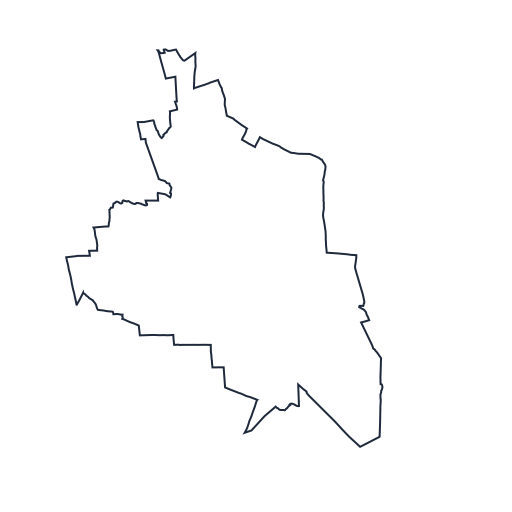 outline of Sipote, Iasi, Romania, rotated 20°
{"feature_id": "2599482B43206903693326", "entity_name": "Sipote", "entity_type": "district", "adm_level": 2, "iso_a3": "ROU", "parent_name": "Romania", "parent_adm1": "Iasi", "projection": "equal_earth", "projection_center": [27.182, 47.479], "detail": "fine", "context": "isolated", "style": "outline", "palette": "slate", "viewbox_px": 512, "rotation_deg": 20, "n_neighbors": 0, "source": "geoboundaries", "source_scale": "gbopen_adm2", "svg_char_len": 6048}
<svg xmlns="http://www.w3.org/2000/svg" viewBox="0 0 512 512"><g transform="rotate(20 256 256)"><path d="M294.2,163.0L293.1,161.9L292.7,157.7L292.3,155.2L291.8,153.4L291.6,152.2L291.6,151.4L290.9,148.7L290.6,147.9L289.9,146.9L289.3,146.3L286.7,144.5L284.9,142.9L284.1,143.1L281.6,142.3L278.5,142.0L271.7,141.7L260.6,145.5L256.7,146.2L253.5,147.0L245.4,146.1L243.7,145.7L242.6,145.6L240.8,144.9L237.7,144.7L233.2,144.7L222.4,143.7L219.0,143.0L218.5,147.9L218.2,149.4L218.2,149.7L217.8,152.8L217.8,153.9L212.4,153.1L211.0,153.0L208.5,152.4L203.0,151.5L203.0,150.3L203.9,144.7L203.8,144.4L204.0,143.0L203.9,142.4L203.9,141.3L203.7,140.3L204.0,139.3L197.2,137.7L189.4,135.4L188.2,135.0L188.0,134.7L187.5,134.6L180.6,134.2L180.3,133.4L179.6,132.5L176.4,126.9L175.4,125.5L174.9,124.6L174.5,123.5L173.1,118.9L170.1,115.1L169.0,113.9L167.5,112.0L166.4,110.0L165.9,109.6L165.3,109.3L165.0,108.8L163.6,107.7L160.1,103.6L153.3,109.0L152.6,109.8L151.2,110.9L149.4,112.5L146.1,115.0L141.3,118.8L140.4,119.7L139.9,118.5L138.0,112.4L136.6,108.3L135.5,104.1L134.6,99.3L134.2,97.9L132.7,94.5L131.4,90.7L130.2,88.2L130.0,87.7L129.6,86.0L122.0,96.9L120.6,97.1L119.2,96.3L117.9,95.5L116.7,94.8L115.7,93.9L115.2,93.6L112.0,91.0L110.2,89.4L109.1,90.0L105.4,92.4L103.2,93.4L100.4,92.8L98.7,93.6L98.7,93.9L100.7,96.2L99.7,96.9L97.2,98.0L96.5,97.8L94.6,96.8L94.0,96.1L93.2,96.4L93.8,96.8L94.7,97.7L95.5,98.8L100.5,105.9L107.4,115.5L110.6,120.1L118.9,115.1L125.7,131.0L128.1,136.5L128.8,137.8L127.1,138.7L130.3,142.6L131.1,144.0L131.8,145.4L125.6,149.5L125.9,149.9L126.5,151.5L127.5,154.9L128.3,156.8L128.7,157.6L128.8,157.7L129.6,159.6L131.6,163.5L131.2,164.8L130.8,165.2L129.5,170.1L129.7,170.4L129.0,171.1L128.4,172.1L127.5,174.0L128.1,174.6L127.5,176.5L127.1,177.4L125.8,177.0L123.1,175.0L121.2,172.5L120.8,172.1L119.7,171.8L117.0,168.7L116.4,167.7L115.3,166.7L114.7,165.4L113.3,163.7L112.9,163.7L104.8,168.5L99.0,170.6L101.3,174.9L104.4,179.6L104.9,180.2L105.6,181.2L106.4,183.0L108.1,185.7L112.1,183.8L113.7,187.1L114.1,187.6L135.4,213.2L137.9,216.3L138.2,216.9L140.8,217.0L144.9,216.7L145.5,217.1L146.2,217.3L146.7,217.7L147.3,218.0L149.8,217.6L150.7,219.0L152.7,220.4L153.1,220.8L153.3,221.3L153.6,224.7L153.6,226.1L154.7,226.2L154.8,226.3L155.2,227.9L155.4,229.9L155.3,230.3L150.7,229.2L149.0,229.1L142.2,230.3L142.5,231.7L145.1,237.4L133.3,241.7L134.2,242.9L134.4,243.3L134.4,243.6L134.8,243.9L135.5,244.0L135.7,244.5L136.2,245.1L136.1,245.5L135.1,246.2L133.9,246.4L132.6,246.3L131.4,246.4L130.0,246.2L126.8,246.6L125.5,247.1L125.3,247.3L125.1,248.1L124.9,248.3L124.0,248.6L122.6,248.9L119.7,248.5L117.5,248.0L117.0,248.1L116.4,248.7L115.8,249.0L115.0,248.9L113.6,249.2L113.0,249.0L112.6,249.0L112.3,249.2L111.8,249.9L112.0,250.7L111.9,251.0L112.2,251.8L112.0,252.2L111.5,252.7L110.9,252.9L110.3,252.9L108.0,252.4L107.2,252.4L106.5,252.6L106.0,252.9L106.0,253.2L105.7,253.6L105.7,253.8L105.0,254.6L104.5,255.2L104.1,255.5L104.9,259.4L103.2,260.2L103.0,260.8L102.9,262.1L102.8,262.3L102.4,262.7L104.8,268.4L105.5,270.3L105.8,272.0L106.3,273.1L106.4,273.7L106.4,275.2L107.0,277.1L107.2,278.7L103.5,280.2L93.6,284.8L95.0,286.1L96.3,288.4L97.5,290.9L98.6,292.8L99.7,294.1L100.6,295.3L103.0,299.9L103.4,300.9L103.8,302.5L104.9,305.3L97.4,308.2L99.8,312.6L88.3,316.9L86.4,318.0L78.1,322.1L80.0,325.2L81.7,327.6L83.3,330.2L84.8,332.9L87.9,337.3L89.4,339.7L90.8,342.0L91.9,344.1L93.7,347.0L94.2,347.7L94.5,348.3L95.8,350.3L98.0,353.4L99.0,355.1L102.2,360.1L104.0,363.1L104.3,363.0L104.8,359.5L105.0,359.0L106.1,349.7L106.2,349.9L106.6,350.0L108.6,350.4L109.9,351.2L112.3,351.9L113.8,352.7L115.6,353.0L116.6,353.3L117.4,353.3L117.8,353.4L118.5,354.0L120.1,354.9L122.0,356.3L122.9,357.3L123.7,358.5L124.7,359.7L125.9,360.7L131.6,359.3L132.5,359.2L135.7,358.6L140.0,357.4L140.8,357.6L141.9,359.5L145.8,357.8L149.0,357.3L150.6,356.7L150.8,357.3L151.1,358.6L151.7,359.1L151.9,359.5L151.8,360.8L153.4,360.7L159.3,361.2L164.7,361.2L169.6,361.4L174.0,370.3L186.8,365.2L192.5,363.4L196.3,361.9L200.1,360.7L205.3,358.5L207.2,362.9L209.5,367.5L213.1,366.0L214.8,365.6L215.6,365.5L216.1,365.1L228.6,360.5L232.1,359.3L236.7,357.5L243.9,355.0L246.2,361.1L247.9,364.3L249.4,367.7L250.2,369.1L251.3,371.7L252.1,373.3L253.2,375.6L257.5,374.0L258.3,373.6L263.7,371.7L271.9,390.1L276.1,390.3L286.1,390.5L286.9,390.6L288.6,390.4L291.8,390.6L294.6,390.9L298.7,390.6L301.3,390.6L302.6,390.7L303.6,390.6L306.4,390.8L306.2,391.1L306.2,394.3L306.4,397.1L306.4,403.6L306.4,405.8L306.5,406.7L306.4,410.7L306.2,413.3L306.4,415.6L306.5,420.1L306.4,422.2L305.9,425.4L305.8,426.0L311.4,421.5L318.8,403.6L326.0,390.8L326.6,391.2L327.3,391.5L328.8,391.6L330.2,392.3L330.7,392.4L332.0,392.2L334.9,391.2L335.8,391.1L336.1,390.7L336.5,389.5L337.4,388.1L337.7,386.7L339.0,384.5L338.4,384.3L338.9,383.1L340.3,382.4L342.8,382.4L345.6,382.9L346.9,382.7L347.7,382.3L339.6,362.3L345.6,364.8L349.4,365.9L349.8,366.1L350.1,366.5L350.3,367.2L352.8,368.8L386.9,384.6L396.7,389.7L405.0,393.8L419.1,399.7L433.9,383.7L433.9,383.4L429.6,370.1L424.3,354.7L423.0,350.2L422.2,347.9L421.9,347.7L420.3,343.7L420.3,341.8L419.9,340.3L419.8,339.5L420.0,338.6L419.7,336.1L419.3,335.2L418.2,333.8L417.8,333.6L416.9,333.8L415.5,330.3L415.2,329.3L414.5,327.7L414.3,327.1L413.1,323.4L410.3,314.8L410.2,314.7L408.8,310.3L408.5,309.3L403.7,305.9L402.7,305.2L400.4,304.0L399.8,303.4L399.5,303.3L397.7,302.8L396.5,301.1L395.4,299.9L377.5,282.5L381.1,280.0L384.3,277.6L382.1,275.1L380.0,273.2L378.6,271.2L376.5,269.9L375.3,269.4L373.2,269.3L372.4,269.0L370.5,268.8L370.3,267.6L370.6,267.3L372.8,266.6L373.9,266.2L373.9,265.7L373.6,264.5L373.8,263.0L373.5,262.4L373.5,262.1L372.3,260.0L369.6,255.7L358.0,240.0L356.4,237.9L353.4,233.6L352.9,232.6L352.6,231.7L350.9,223.5L350.0,220.9L344.6,222.5L341.5,223.1L332.0,225.6L321.3,228.7L320.0,225.8L318.2,222.1L317.5,220.3L315.9,216.6L314.7,213.3L312.9,209.0L308.5,200.9L305.9,196.6L305.1,195.0L304.1,191.3L304.0,190.2L303.6,188.5L303.1,187.0L302.2,185.0L301.8,183.4L300.6,181.1L300.0,179.4L299.0,176.6L298.4,175.3L295.4,167.5L294.2,163.0Z" fill="none" stroke="#1e293b" stroke-width="2"/></g></svg>